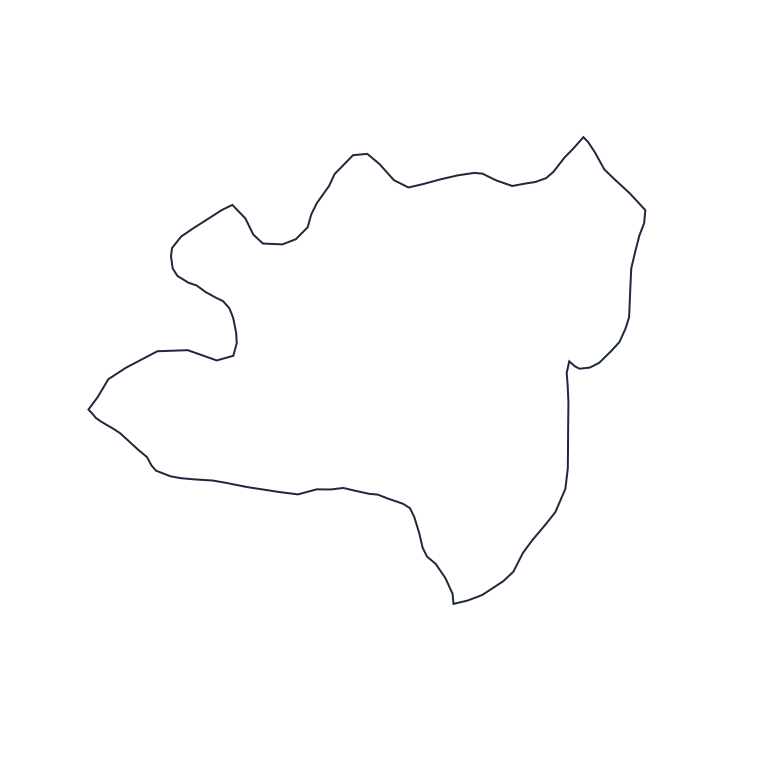 the district of Betong, Sarawak, Malaysia, rotated 347°
{"feature_id": "92858781B57071016151850", "entity_name": "Betong", "entity_type": "district", "adm_level": 2, "iso_a3": "MYS", "parent_name": "Malaysia", "parent_adm1": "Sarawak", "projection": "robinson", "projection_center": [111.499, 1.495], "detail": "fine", "context": "isolated", "style": "outline", "palette": "slate", "viewbox_px": 768, "rotation_deg": 347, "n_neighbors": 0, "source": "geoboundaries", "source_scale": "gbopen_adm2", "svg_char_len": 1734}
<svg xmlns="http://www.w3.org/2000/svg" viewBox="0 0 768 768"><g transform="rotate(347 384 384)"><path d="M402.3,613.9L416.7,613.8L432.1,611.7L455.8,603.0L467.8,596.0L481.3,579.9L493.3,569.6L510.9,556.4L522.2,547.3L537.1,527.0L544.1,507.6L548.4,489.9L552.8,471.3L556.8,454.8L559.7,442.8L562.7,426.3L564.5,414.3L569.6,403.6L574.0,409.8L578.0,413.1L588.2,414.3L598.4,411.8L612.6,403.1L622.8,396.1L631.6,384.6L637.8,374.2L646.4,343.1L650.9,327.0L658.9,310.9L666.3,296.7L673.7,285.7L677.7,273.5L677.5,273.0L666.3,253.4L654.4,236.0L646.9,224.4L641.8,206.3L637.3,194.1L633.8,188.3L627.6,192.8L620.2,198.0L611.0,203.8L596.8,215.4L588.2,219.9L576.8,221.2L567.2,220.5L553.5,219.9L539.2,210.9L531.9,205.0L527.3,201.2L519.3,198.6L502.8,197.3L485.1,197.3L466.3,198.0L452.0,198.0L439.5,187.6L429.2,168.9L419.5,156.0L405.3,154.1L383.1,168.3L375.1,178.6L359.1,192.8L351.2,202.5L344.9,214.1L330.6,223.1L316.4,225.1L297.6,219.9L290.2,208.9L286.2,191.5L276.5,175.4L275.1,175.7L265.1,178.0L232.6,189.6L219.5,194.7L208.1,203.8L205.2,211.5L204.1,223.8L207.0,232.2L216.1,241.2L222.3,245.1L223.5,245.7L230.7,254.1L239.8,262.3L245.7,266.9L250.4,275.5L251.9,285.5L251.5,300.7L249.7,311.1L243.5,322.6L226.3,323.4L200.4,306.9L170.5,301.1L135.9,310.2L116.5,317.3L101.9,332.5L90.3,342.4L93.2,347.4L95.7,352.4L99.8,356.9L104.5,361.4L111.1,367.6L115.8,372.6L130.0,393.2L136.6,401.9L139.1,411.0L142.4,417.2L155.2,425.9L164.7,430.0L178.5,434.5L195.3,439.5L208.1,444.9L227.1,453.5L257.7,465.7L275.3,472.2L294.7,471.5L308.4,474.8L320.9,476.1L331.2,481.2L344.9,487.7L352.9,490.3L361.4,496.1L375.7,505.1L381.4,510.9L383.6,520.6L384.8,538.0L384.8,552.2L387.1,561.9L393.9,570.9L400.2,587.1L403.6,603.8L402.3,613.9Z" fill="none" stroke="#1e293b" stroke-width="2"/></g></svg>